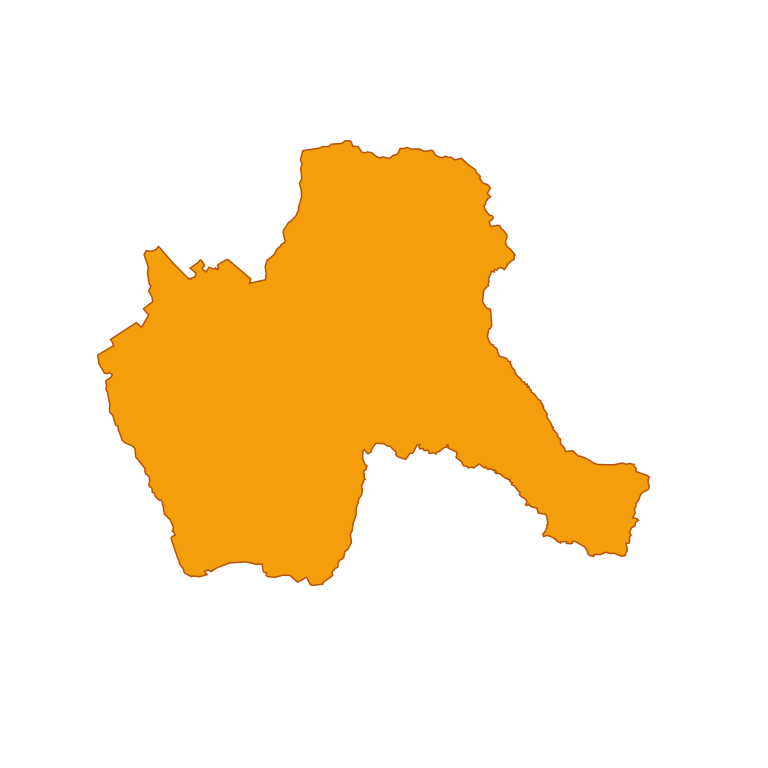 outline of Vidra, Vrancea, Romania, rotated 196°
{"feature_id": "2599482B20298155706242", "entity_name": "Vidra", "entity_type": "district", "adm_level": 2, "iso_a3": "ROU", "parent_name": "Romania", "parent_adm1": "Vrancea", "projection": "orthographic", "projection_center": [26.88, 45.916], "detail": "fine", "context": "isolated", "style": "filled", "palette": "amber", "viewbox_px": 768, "rotation_deg": 196, "n_neighbors": 0, "source": "geoboundaries", "source_scale": "gbopen_adm2", "svg_char_len": 6171}
<svg xmlns="http://www.w3.org/2000/svg" viewBox="0 0 768 768"><g transform="rotate(196 384 384)"><path d="M526.3,585.9L526.1,576.3L523.4,573.1L523.4,568.2L519.6,558.6L520.6,553.9L516.8,547.2L514.8,541.0L514.8,530.5L514.1,527.4L515.1,521.1L518.7,514.5L520.3,512.9L523.1,503.4L522.6,501.4L518.4,494.2L518.7,492.6L521.3,489.6L521.3,487.7L522.9,486.5L524.7,481.8L525.0,478.5L530.6,470.3L530.5,463.9L527.7,457.8L526.6,451.5L541.1,443.8L540.8,448.2L568.0,460.5L569.6,460.3L576.4,453.1L576.6,451.6L574.9,449.9L575.5,448.1L577.9,449.2L578.5,447.5L584.4,448.0L586.1,442.6L590.3,444.4L590.5,445.5L589.1,448.5L593.2,452.2L594.8,452.7L596.3,449.4L602.3,441.9L595.2,438.7L595.0,435.2L597.9,433.1L598.4,431.7L599.9,432.0L600.5,431.1L619.6,441.8L638.7,454.1L640.3,450.2L644.8,447.3L649.4,446.6L650.3,442.3L642.9,431.5L642.0,425.7L637.7,416.3L636.4,414.8L635.0,414.6L635.7,408.3L631.1,403.8L629.0,399.5L636.0,389.9L629.2,385.4L632.7,371.5L639.0,374.7L659.2,351.4L656.4,349.1L654.5,346.2L667.2,333.0L663.8,325.2L655.7,317.3L653.1,317.7L651.2,319.3L647.7,317.9L648.5,314.8L652.1,310.9L652.1,309.7L650.2,305.9L650.2,303.0L647.6,299.9L641.7,288.2L641.2,284.7L639.6,281.0L636.1,279.1L630.8,270.8L628.1,269.9L627.0,267.2L620.0,257.7L617.3,256.2L608.7,255.1L605.6,253.3L602.6,245.5L590.3,236.7L589.6,233.7L588.2,231.9L584.0,230.2L582.4,225.8L582.4,222.5L581.2,220.8L578.3,219.8L576.8,215.9L574.9,216.3L572.9,212.8L568.1,210.3L566.4,211.0L565.0,210.0L563.5,206.7L562.1,206.2L562.5,205.4L559.1,198.3L552.3,194.7L547.4,188.9L546.3,185.5L547.1,184.5L544.7,183.2L543.3,181.2L546.3,178.0L545.5,176.0L534.4,159.9L532.8,158.4L530.8,154.5L526.0,151.1L523.8,147.4L516.2,145.7L513.9,147.0L508.1,147.9L501.5,152.0L504.8,154.3L504.4,155.1L501.3,156.7L498.5,156.0L494.1,161.2L482.7,169.6L467.5,175.0L456.9,175.5L451.6,177.3L448.2,170.2L444.7,170.0L444.8,168.1L443.1,166.8L435.9,167.9L428.8,172.2L421.8,174.0L412.4,169.7L405.3,176.8L399.3,170.7L396.3,171.0L387.8,174.7L387.4,177.0L380.6,185.7L382.2,188.7L380.1,193.2L377.8,195.5L378.7,198.4L378.3,201.4L377.6,203.0L376.0,203.9L374.9,206.5L375.5,212.1L373.1,215.3L371.6,222.8L374.9,230.3L374.2,234.3L375.3,241.5L374.8,251.1L376.2,255.4L376.5,259.8L376.0,262.2L376.6,266.0L375.0,271.6L375.7,277.0L376.9,277.9L377.4,280.4L376.6,284.1L377.2,286.0L375.7,287.2L376.8,288.2L378.2,291.4L377.9,292.3L379.5,292.9L379.4,294.3L377.7,297.1L377.8,300.5L380.5,302.0L384.2,306.8L385.7,314.3L384.7,315.5L380.5,312.5L378.9,313.6L377.8,315.0L377.7,318.0L375.7,324.5L375.1,324.8L367.3,326.6L364.1,325.4L360.8,325.8L353.7,321.7L353.3,319.6L351.2,318.0L343.5,317.4L342.2,317.9L339.9,324.6L338.1,325.0L337.1,326.4L335.4,334.5L332.7,335.6L333.1,333.1L331.8,331.6L328.5,332.7L327.6,331.3L325.6,331.3L324.0,332.4L322.6,331.8L321.5,329.7L317.5,331.4L314.6,331.0L314.5,333.1L312.1,334.4L308.9,339.2L306.5,340.5L306.7,342.8L305.7,343.0L304.6,340.1L295.7,338.7L294.5,336.7L294.6,333.3L287.2,330.3L286.9,329.0L284.7,327.2L282.1,327.6L279.8,326.5L277.5,328.5L274.7,327.9L270.3,333.4L264.4,330.9L263.5,332.0L263.9,332.8L260.9,330.6L257.2,331.9L254.9,330.8L253.9,331.9L252.7,331.4L252.9,328.9L252.2,330.7L251.4,330.2L251.6,328.9L248.3,329.7L241.0,326.7L240.2,327.3L237.9,326.3L236.4,327.0L236.3,325.2L233.3,324.4L234.1,323.3L233.3,322.3L230.6,321.9L223.3,317.0L223.4,315.0L222.8,314.6L219.6,312.9L218.5,313.4L214.5,311.0L213.9,309.7L214.8,307.2L213.4,306.4L211.4,308.5L210.7,307.3L208.0,306.6L202.9,306.9L200.1,302.4L192.8,303.4L190.8,301.1L187.8,294.4L188.7,293.4L187.7,291.1L188.4,286.9L190.0,283.3L188.4,281.5L185.2,283.5L180.7,283.2L175.0,281.5L174.8,280.6L170.3,279.8L170.5,281.0L166.5,282.5L164.9,282.6L164.7,281.1L160.3,282.0L158.9,283.2L159.6,283.9L159.3,284.7L156.9,285.4L146.1,282.6L142.9,279.7L141.4,277.0L138.7,275.8L135.0,275.9L134.7,276.8L135.5,277.0L134.2,278.4L129.0,279.6L124.4,283.5L120.2,283.3L115.9,284.7L107.9,283.9L104.5,285.8L105.1,287.1L104.3,291.2L107.3,297.7L104.7,298.5L104.6,300.7L105.8,304.3L104.8,306.9L107.0,308.8L106.5,313.7L103.8,316.9L104.1,320.8L101.7,323.2L104.1,324.3L107.8,323.9L107.1,329.5L108.8,332.7L108.1,335.3L108.7,338.9L107.0,343.4L107.1,346.7L106.1,350.4L100.8,355.5L100.8,359.3L102.8,361.6L103.6,364.9L103.8,366.7L103.1,367.5L105.7,368.6L117.6,369.3L118.6,372.7L121.3,373.9L121.3,375.6L125.8,375.3L128.9,373.7L133.5,373.6L140.9,369.6L156.2,365.6L160.2,365.7L168.3,368.0L175.3,368.8L177.2,368.2L184.1,371.9L191.0,369.2L192.9,372.2L197.9,375.6L199.3,379.8L202.2,380.8L203.2,383.3L209.5,387.5L209.4,389.1L210.7,389.4L212.0,391.6L217.7,396.6L219.0,399.1L218.8,400.1L224.0,404.5L224.5,406.6L225.5,406.2L226.0,408.3L227.9,409.3L229.0,411.3L231.4,411.5L236.9,415.9L240.4,416.9L240.7,418.7L242.1,418.9L244.2,421.6L245.0,420.5L245.7,420.9L246.2,423.4L248.5,422.6L249.4,424.6L252.1,424.4L253.3,426.3L258.4,428.8L261.7,431.6L262.0,433.0L266.2,435.7L266.6,437.3L268.1,438.1L268.7,440.4L270.3,440.0L273.6,442.5L281.2,442.6L285.4,449.2L288.7,450.1L290.0,451.8L291.7,451.7L294.5,453.6L297.6,458.2L298.5,465.6L297.1,466.7L296.6,470.0L302.2,485.3L306.6,485.3L311.9,490.3L313.9,501.0L312.4,505.1L310.6,507.2L311.4,508.6L311.2,511.2L312.6,514.3L311.8,518.9L312.0,521.9L308.9,522.0L309.2,524.5L306.9,524.5L305.9,527.4L302.2,528.1L299.8,527.1L297.6,533.8L295.7,537.3L293.5,539.1L293.5,541.4L294.4,542.9L293.5,544.1L298.9,548.0L303.6,550.0L306.1,553.3L306.6,556.5L306.2,559.3L306.9,561.0L311.6,564.8L314.0,565.6L316.3,568.1L318.2,568.0L324.4,564.9L325.6,565.6L327.5,569.0L324.8,572.9L325.4,574.7L326.6,575.6L329.5,575.4L334.7,579.4L337.1,582.7L335.9,585.0L336.6,587.6L335.3,589.7L335.4,590.9L333.1,593.2L337.2,595.6L335.9,601.0L336.3,602.2L339.3,604.2L344.4,604.4L348.8,608.3L348.7,610.2L353.3,612.6L355.3,615.2L364.1,618.3L371.8,622.3L377.9,618.9L382.4,620.5L383.9,619.7L388.0,619.8L389.9,617.8L393.4,617.4L397.2,618.1L398.9,619.0L400.5,621.3L402.5,621.9L409.2,618.7L414.9,619.8L422.2,617.4L427.3,617.6L429.4,616.0L433.4,614.9L433.8,610.9L434.7,608.4L438.3,606.2L441.0,602.3L447.3,602.0L450.8,600.2L454.0,600.5L459.4,602.9L464.2,602.5L465.3,601.3L469.0,600.6L474.5,605.0L479.4,604.0L482.7,608.1L486.3,607.9L488.8,606.7L489.9,604.6L491.9,603.2L500.7,600.0L502.5,597.0L508.4,595.3L511.1,593.0L526.3,585.9Z" fill="#f59e0b" stroke="#b45309" stroke-width="1.5"/></g></svg>